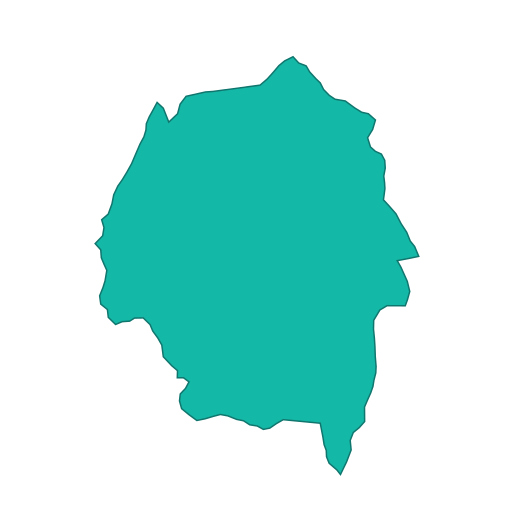 Manduri, São Paulo, Brazil, rotated 9°
{"feature_id": "56859067B58840699865224", "entity_name": "Manduri", "entity_type": "district", "adm_level": 2, "iso_a3": "BRA", "parent_name": "Brazil", "parent_adm1": "São Paulo", "projection": "orthographic", "projection_center": [-49.301, -23.049], "detail": "fine", "context": "isolated", "style": "filled", "palette": "teal", "viewbox_px": 512, "rotation_deg": 9, "n_neighbors": 0, "source": "geoboundaries", "source_scale": "gbopen_adm2", "svg_char_len": 1864}
<svg xmlns="http://www.w3.org/2000/svg" viewBox="0 0 512 512"><g transform="rotate(9 256 256)"><path d="M261.4,53.4L253.9,58.7L248.9,64.3L244.6,71.4L239.5,79.3L233.3,86.6L187.8,100.2L180.4,101.9L162.0,109.2L157.3,117.9L156.3,127.8L148.9,137.4L141.3,124.5L134.3,119.8L130.9,129.5L128.8,135.2L127.0,142.5L127.6,148.8L126.7,155.7L123.9,163.7L121.2,174.3L118.7,184.3L115.4,193.3L112.0,201.6L108.6,208.5L105.9,217.8L105.6,226.9L103.5,237.7L97.9,244.3L101.4,251.7L101.4,260.0L95.2,268.9L101.7,274.2L103.5,281.9L107.2,287.9L110.9,293.5L110.8,304.2L109.8,311.1L107.8,319.8L110.2,327.8L117.6,332.1L119.7,339.7L128.0,345.6L134.1,341.8L141.4,340.1L145.7,336.3L154.3,334.8L162.1,340.3L165.8,346.3L171.9,352.4L176.9,358.7L180.2,370.0L190.0,377.6L196.4,381.5L197.3,388.6L203.4,387.6L209.5,390.8L207.1,397.8L202.8,404.1L203.1,411.1L206.4,418.4L214.4,423.1L223.3,427.7L231.3,424.7L238.8,421.1L245.6,418.1L253.2,418.3L262.4,420.4L269.5,420.7L276.2,423.7L283.8,423.7L290.4,426.1L296.6,423.8L302.4,418.3L308.5,413.4L345.6,411.1L350.4,424.3L352.8,431.7L355.8,437.0L357.1,443.3L360.7,449.3L369.3,454.6L373.6,458.6L375.7,451.6L377.6,445.4L380.3,432.7L377.9,423.4L379.7,415.1L384.8,409.4L389.2,402.5L386.8,388.2L388.9,379.9L390.7,373.3L391.9,366.6L391.9,360.4L392.6,352.8L391.9,346.4L389.5,336.5L387.6,326.7L385.8,318.7L383.5,309.9L382.3,301.1L386.8,289.9L393.2,284.6L411.2,281.8L412.4,275.6L413.4,267.0L409.4,257.4L400.9,244.4L396.2,238.5L407.3,234.5L416.8,230.9L411.2,221.8L406.0,217.1L401.2,209.1L394.1,201.2L387.7,192.5L379.8,185.9L373.1,180.6L372.8,169.4L371.5,163.4L369.7,157.1L369.9,149.0L368.2,141.4L363.9,135.7L357.6,134.0L352.0,130.4L347.7,121.7L351.4,112.8L352.7,103.0L344.7,97.9L337.9,97.5L330.3,94.3L319.9,88.9L309.5,88.8L303.3,85.9L296.7,81.0L292.4,75.0L287.5,71.6L280.1,65.7L275.8,60.4L268.0,58.7L261.4,53.4Z" fill="#14b8a6" stroke="#0f766e" stroke-width="1.5"/></g></svg>